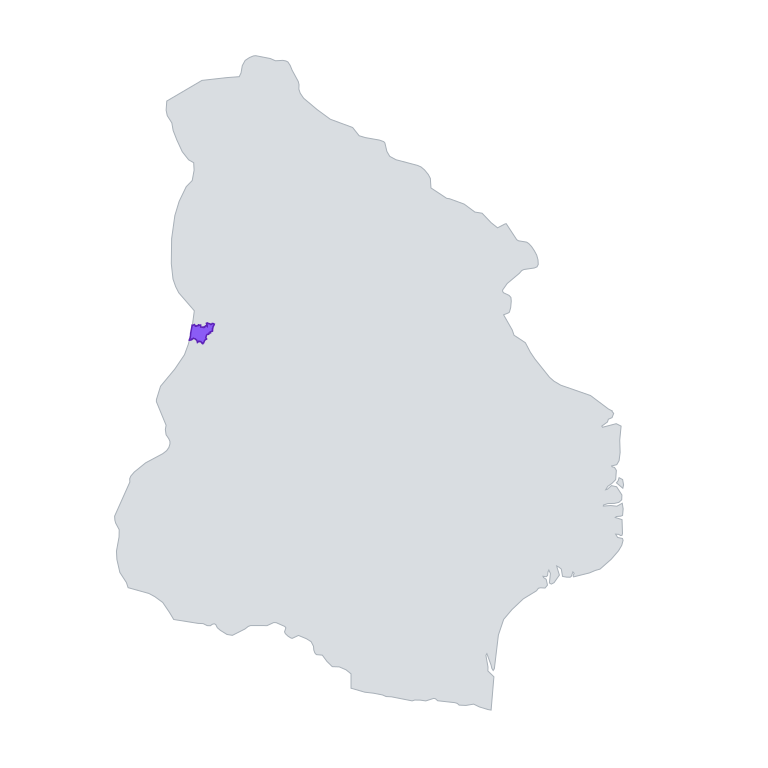 Sule Tankarkar, Jigawa, Nigeria shown in context, rotated 276°
{"feature_id": "59680162B44120553871969", "entity_name": "Sule Tankarkar", "entity_type": "district", "adm_level": 2, "iso_a3": "NGA", "parent_name": "Nigeria", "parent_adm1": "Jigawa", "projection": "albers", "projection_center": [9.243, 12.628], "detail": "fine", "context": "in_parent", "style": "filled", "palette": "violet", "viewbox_px": 768, "rotation_deg": 276, "n_neighbors": 0, "source": "geoboundaries", "source_scale": "gbopen_adm2", "svg_char_len": 5921}
<svg xmlns="http://www.w3.org/2000/svg" viewBox="0 0 768 768"><g transform="rotate(276 384 384)"><path d="M642.7,138.4L666.9,171.2L672.3,195.8L674.5,207.9L678.4,209.3L685.8,209.8L691.3,212.1L694.6,216.1L696.6,219.8L697.1,222.1L695.8,236.9L694.1,242.3L695.3,249.6L695.0,252.7L694.2,254.8L691.0,257.4L686.5,259.8L675.9,267.1L672.8,268.2L668.3,268.5L664.4,270.3L659.8,274.2L650.1,288.5L641.7,302.9L635.8,326.0L628.3,333.3L627.1,339.7L626.1,354.0L625.0,358.4L623.8,359.7L615.7,362.5L611.0,365.9L608.3,372.4L604.9,394.5L603.7,398.2L601.1,402.0L596.9,406.2L593.3,408.6L583.9,410.2L575.2,426.9L575.1,429.8L571.3,444.9L564.5,456.4L564.1,463.7L555.6,473.7L551.2,480.6L555.8,487.6L556.2,488.8L541.4,500.9L540.5,502.7L540.0,511.0L538.8,513.3L536.1,516.4L532.1,519.7L528.1,522.4L523.5,524.2L519.0,524.9L516.5,523.9L515.1,521.4L512.5,511.2L511.2,509.1L508.3,507.1L496.8,496.0L489.8,492.1L488.3,492.4L487.2,493.4L485.2,499.1L483.3,501.2L479.6,501.9L473.3,502.0L468.6,501.2L467.6,500.1L465.3,495.7L451.1,505.9L446.1,508.2L439.8,520.3L430.8,526.3L424.6,531.5L408.0,547.9L404.6,552.7L401.3,559.9L394.1,590.6L382.6,609.8L381.0,613.9L380.4,613.7L378.8,615.5L374.4,614.3L372.4,610.8L369.6,610.2L364.9,605.0L363.8,605.8L368.8,619.1L366.9,624.2L352.8,624.3L340.6,626.0L332.3,625.8L328.1,623.9L326.3,618.9L325.5,619.4L325.1,622.0L322.4,624.1L313.1,624.4L308.9,621.0L305.6,617.2L302.0,615.5L302.6,617.1L306.7,620.8L306.1,626.1L298.5,632.2L293.7,632.5L290.8,629.9L289.3,625.5L288.5,619.1L286.6,614.9L285.5,614.9L286.8,621.9L286.8,628.4L290.3,633.4L284.8,634.9L278.2,635.0L277.3,633.2L276.5,629.0L275.4,627.9L274.0,634.9L260.3,636.8L258.4,636.5L258.0,635.1L259.0,633.2L258.9,630.0L255.8,632.4L255.3,637.3L253.5,638.1L248.4,637.3L242.7,634.7L233.6,628.4L222.5,618.2L220.7,613.7L217.6,608.1L212.0,592.7L213.0,592.1L215.6,592.9L216.9,591.5L212.3,590.4L211.3,589.3L211.0,585.9L211.3,581.7L218.4,579.7L220.1,577.2L221.1,574.7L212.3,578.4L204.2,573.9L202.5,571.3L203.4,569.3L212.9,569.3L216.2,567.4L214.2,566.7L210.6,566.7L209.3,565.4L209.4,562.2L208.2,562.9L206.7,565.7L201.1,567.6L197.9,565.5L197.7,561.0L197.0,558.9L194.3,557.3L184.9,545.0L173.0,534.8L162.4,527.6L146.3,524.0L112.4,523.5L110.5,522.5L112.6,520.9L115.6,519.9L126.6,514.5L124.8,513.7L113.4,517.0L109.5,517.3L104.3,523.9L70.9,524.6L71.1,521.5L72.8,512.7L75.0,506.6L72.9,499.1L72.5,492.3L74.0,490.3L74.5,487.8L74.6,470.5L76.4,468.0L76.5,466.2L73.2,458.7L73.4,453.1L72.9,447.6L71.8,445.1L73.7,424.0L73.4,418.8L74.6,415.1L75.4,406.0L75.5,397.1L78.0,383.0L92.3,381.5L95.8,376.1L98.0,369.1L97.5,362.1L102.2,356.2L107.9,351.0L107.8,345.0L109.4,343.3L112.1,342.0L115.8,341.3L120.1,338.5L122.6,333.4L125.0,325.2L121.5,319.4L121.6,318.1L123.1,315.0L125.4,312.0L127.1,311.0L131.2,311.9L132.5,310.7L135.4,301.7L135.2,299.2L131.5,293.0L129.8,276.5L128.7,274.3L125.8,271.3L118.2,259.5L118.5,254.0L121.9,247.0L124.2,243.7L127.2,241.8L127.8,240.2L127.0,238.2L125.5,236.7L125.2,233.5L126.8,229.2L126.5,224.3L127.8,199.5L134.2,194.7L143.6,186.8L148.5,178.4L151.1,172.1L154.7,150.8L159.6,148.6L169.0,141.0L181.6,136.7L189.8,135.4L204.1,136.5L211.4,135.9L217.6,131.7L220.4,130.6L224.4,129.9L259.9,141.5L263.2,141.0L265.9,141.8L270.3,144.8L280.7,155.2L291.6,171.3L295.0,174.8L298.4,176.7L302.0,177.4L304.6,177.1L307.2,175.6L310.7,172.6L315.9,171.3L320.2,171.6L342.6,159.5L344.7,159.3L358.4,162.0L377.0,174.4L392.2,182.5L402.9,185.2L415.5,187.1L437.0,187.7L453.2,170.4L459.1,166.6L466.3,163.2L481.4,159.9L506.3,157.6L529.7,158.4L544.3,161.2L559.6,166.7L566.3,172.0L576.7,172.8L584.2,171.6L586.5,166.3L593.9,159.1L605.0,152.5L614.1,147.8L621.5,145.7L628.2,140.4L633.5,138.7L642.7,138.4ZM313.9,631.3L308.7,632.8L305.3,632.4L310.0,625.5L312.3,627.0L315.4,627.6L313.9,631.3Z" fill="#d9dde1" stroke="#a8b0b8" stroke-width="1"/><path d="M423.2,194.5L423.2,194.4L423.1,194.2L423.3,193.9L423.5,193.7L423.5,193.4L422.8,193.2L422.8,192.9L422.7,192.9L422.6,192.7L422.4,192.7L422.2,191.2L422.0,191.3L421.9,191.3L421.9,191.0L421.8,190.8L421.7,190.7L421.7,190.4L421.8,190.4L422.1,190.4L422.3,190.2L422.6,189.9L422.9,189.6L423.3,189.2L422.3,187.7L422.4,187.0L421.5,187.0L420.4,186.9L418.7,186.8L417.9,186.7L417.6,186.7L416.8,186.6L415.1,186.5L414.8,186.4L414.7,186.4L413.8,186.4L413.4,186.4L412.6,186.5L412.2,186.5L411.8,186.5L411.3,186.5L411.0,186.5L410.7,186.4L410.2,186.4L409.7,186.4L409.3,186.4L408.1,185.8L407.2,185.8L407.4,186.8L407.6,187.4L407.9,187.9L408.0,188.2L408.1,188.3L408.7,188.3L408.7,188.9L409.6,189.6L409.3,190.5L409.2,191.2L409.2,191.4L409.2,191.5L408.9,191.9L408.6,192.1L408.3,192.6L408.2,193.0L407.4,193.5L407.2,193.6L405.8,194.1L406.0,194.3L406.2,194.6L406.8,195.0L407.3,195.5L407.1,195.8L407.0,196.0L406.8,196.3L407.1,197.3L406.3,198.0L405.3,199.0L405.1,199.5L405.6,199.6L405.7,199.8L406.0,199.8L406.0,200.3L406.7,200.5L407.7,200.8L408.4,201.0L409.1,201.5L409.6,202.1L409.8,202.3L409.9,202.5L410.1,202.9L410.3,202.9L410.5,202.8L410.7,202.6L411.2,202.1L411.5,201.9L412.5,202.1L413.3,202.3L413.8,202.3L414.3,202.6L415.0,203.1L415.1,204.4L415.6,204.7L416.3,204.6L416.7,206.1L417.2,205.9L417.6,205.7L417.9,206.2L418.1,206.6L418.2,206.9L418.3,207.3L418.4,207.5L418.5,207.6L418.6,207.9L419.4,207.9L419.4,207.7L419.6,207.7L419.8,207.7L419.8,207.8L420.0,207.8L420.7,207.8L421.1,207.6L421.4,207.8L421.5,207.9L421.9,208.0L423.0,208.0L423.4,208.1L424.3,208.6L425.8,209.0L425.9,208.6L426.1,208.3L426.2,208.0L426.3,207.8L426.3,207.5L426.2,206.7L425.5,206.4L425.0,205.6L425.7,204.6L425.8,202.9L425.8,202.5L426.3,202.2L426.1,201.5L425.8,201.0L424.3,201.8L424.1,201.9L423.9,202.0L422.9,202.1L423.6,201.1L423.4,200.8L423.1,200.4L422.4,200.0L421.9,199.8L421.6,199.3L421.5,199.2L421.8,199.1L421.7,199.0L421.7,198.8L421.8,198.6L421.8,198.1L421.4,197.7L421.5,197.1L421.5,196.8L421.5,196.4L421.5,196.0L421.5,195.8L421.5,195.7L422.2,195.6L422.5,195.6L423.4,195.5L423.5,195.5L423.5,195.4L423.4,195.3L423.3,195.2L423.2,194.9L423.3,194.8L423.3,194.7L423.2,194.5Z" fill="#8b5cf6" stroke="#5b21b6" stroke-width="1.5"/></g></svg>